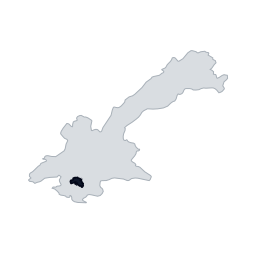 location of Nalae, Louang Namtha, Laos, rotated 263°
{"feature_id": "54806243B58985543260774", "entity_name": "Nalae", "entity_type": "district", "adm_level": 2, "iso_a3": "LAO", "parent_name": "Laos", "parent_adm1": "Louang Namtha", "projection": "equal_earth", "projection_center": [101.371, 20.533], "detail": "fine", "context": "in_parent", "style": "filled", "palette": "ink", "viewbox_px": 256, "rotation_deg": 263, "n_neighbors": 0, "source": "geoboundaries", "source_scale": "gbopen_adm2", "svg_char_len": 5693}
<svg xmlns="http://www.w3.org/2000/svg" viewBox="0 0 256 256"><g transform="rotate(263 128 128)"><path d="M95.3,25.8L96.3,28.1L101.0,34.3L101.8,36.0L103.5,37.3L105.0,42.8L105.6,43.1L106.4,42.8L107.0,42.0L107.4,39.9L107.8,39.6L108.3,41.4L109.6,41.9L110.2,42.7L110.4,44.0L110.2,45.4L109.1,48.5L108.4,52.8L113.1,61.8L115.0,63.1L119.6,64.6L122.7,66.6L124.1,66.1L125.5,63.8L127.1,62.6L130.2,60.6L131.1,60.5L132.8,61.3L135.6,63.5L139.9,67.8L139.7,68.9L139.0,70.0L136.7,71.7L136.0,72.8L136.4,73.2L138.3,73.5L140.6,74.4L141.2,75.5L141.6,78.1L142.0,78.5L144.1,78.2L144.7,78.6L145.5,79.4L146.2,81.5L146.2,83.1L144.2,85.9L144.0,87.5L142.9,89.5L140.1,92.8L139.4,93.0L134.2,91.2L130.0,91.4L129.7,92.1L130.4,94.2L130.6,96.1L130.0,97.7L127.6,99.6L127.5,100.5L128.0,101.4L131.5,103.2L142.6,112.7L147.7,114.6L149.9,115.8L150.5,116.5L150.4,117.3L149.9,118.4L149.4,120.3L149.4,121.4L149.9,122.5L150.8,124.1L154.0,127.8L156.2,128.6L158.7,132.8L159.4,136.5L160.6,138.8L166.4,146.8L171.3,151.6L174.2,156.9L175.6,158.1L176.0,160.0L176.5,165.6L178.2,168.3L178.5,169.5L179.2,170.3L180.0,170.4L181.7,168.6L182.1,168.9L182.9,171.8L183.6,172.9L186.1,174.7L188.9,178.2L190.3,179.5L192.2,180.5L192.4,181.7L192.1,182.8L191.6,183.5L188.4,185.6L188.0,186.5L190.1,191.0L195.4,196.6L197.1,200.0L196.8,201.6L195.4,204.9L194.3,205.8L194.0,206.8L194.8,209.5L194.8,213.6L193.8,214.6L192.9,217.1L192.3,217.3L190.6,216.4L187.3,220.7L185.8,220.5L184.2,222.9L182.0,223.3L180.5,221.4L177.2,218.5L176.1,216.7L175.1,218.3L173.4,219.8L171.0,219.3L170.4,221.4L169.9,221.8L167.0,222.2L166.5,222.6L167.0,224.5L168.7,227.9L169.2,229.8L168.2,233.0L165.2,232.9L163.9,231.6L162.1,228.9L158.3,227.2L155.8,228.4L155.0,228.3L153.0,226.1L152.3,224.6L151.9,222.5L154.8,220.7L156.2,219.4L157.2,217.9L157.6,216.4L158.0,210.2L158.5,208.0L158.2,205.3L157.4,203.1L157.4,200.0L157.8,197.4L158.9,196.1L159.6,194.2L160.1,190.1L159.7,189.0L158.6,188.0L156.8,187.0L155.6,185.8L155.1,184.3L155.1,183.0L155.7,181.9L154.3,180.7L151.0,179.3L149.1,177.7L148.7,175.7L147.3,173.2L144.9,170.1L143.6,165.6L143.4,159.8L143.7,155.1L144.7,149.6L143.2,145.6L141.7,143.5L139.6,142.0L137.5,139.8L135.6,136.9L133.2,132.7L130.5,127.1L128.7,124.6L127.8,125.2L125.8,124.7L122.9,123.0L120.3,122.2L118.1,122.0L116.6,122.4L116.0,123.3L115.9,124.1L116.5,124.9L116.2,125.6L115.0,126.1L114.1,127.0L113.1,129.0L112.3,131.7L111.3,132.8L109.6,133.0L107.9,133.8L106.3,135.1L105.5,136.1L105.6,136.7L105.2,136.9L104.4,136.5L104.0,135.6L104.1,134.2L103.2,133.3L101.5,132.8L99.6,131.3L95.9,127.4L95.0,127.3L93.8,128.3L92.2,130.4L90.9,131.3L89.8,130.8L89.0,131.6L88.5,133.6L87.5,135.1L82.5,139.3L78.0,144.7L76.8,145.2L74.1,143.7L73.2,142.6L77.0,131.6L77.5,128.9L77.4,125.4L75.8,122.4L75.8,121.6L76.0,120.7L77.9,117.3L80.1,108.5L80.0,105.8L79.0,102.8L78.5,99.9L78.9,96.0L78.8,94.5L77.7,93.8L74.3,93.0L72.4,93.6L71.4,94.7L70.3,95.4L68.1,95.7L66.1,94.4L64.4,92.2L64.0,89.5L66.1,83.6L66.7,81.4L66.6,80.3L66.2,79.2L65.7,79.0L64.6,77.7L63.6,75.2L62.6,74.1L61.6,74.3L60.8,75.3L59.3,77.6L58.9,77.3L60.2,69.2L61.4,65.8L62.8,64.2L64.2,63.5L65.8,63.7L67.1,63.5L68.1,62.6L68.0,62.1L66.8,62.0L66.3,61.1L66.6,59.4L67.1,58.3L68.0,57.8L68.8,56.0L69.6,53.1L70.6,51.6L71.7,51.6L73.7,50.3L76.4,47.8L77.5,45.4L78.5,46.5L78.1,49.3L78.7,49.9L78.9,50.9L78.8,52.5L79.0,53.8L79.4,54.4L80.1,54.7L83.0,53.6L84.8,53.5L87.7,55.6L89.4,54.0L89.5,53.5L88.0,51.6L88.5,44.5L88.3,39.2L85.9,35.2L85.4,33.6L85.1,31.0L84.4,28.8L86.2,27.1L87.1,23.8L88.3,23.0L88.7,23.1L90.2,25.6L92.0,24.3L93.4,24.4L94.7,25.0L95.3,25.8Z" fill="#d9dde1" stroke="#a8b0b8" stroke-width="1"/><path d="M85.0,71.4L85.1,71.2L85.1,70.8L85.2,70.4L85.1,70.2L84.8,69.8L84.8,69.7L85.0,69.6L85.3,69.5L85.3,69.2L85.3,68.9L85.3,68.7L85.2,68.4L85.1,68.5L85.0,68.4L84.9,68.3L84.9,68.2L85.0,68.2L85.0,67.9L84.9,67.7L84.8,67.4L84.7,67.3L84.4,67.4L83.6,67.3L83.5,67.5L83.4,67.5L83.3,67.2L83.2,66.9L83.2,66.5L83.0,66.4L82.9,66.3L82.9,66.1L82.7,66.0L82.7,65.7L82.6,65.4L82.7,65.2L82.8,65.1L82.9,64.9L83.0,64.9L82.9,64.7L82.7,64.6L82.4,64.4L82.2,64.3L81.9,64.5L81.8,64.4L81.7,64.5L81.5,64.4L81.4,64.4L81.3,64.5L81.2,64.4L80.9,64.3L80.7,64.5L80.4,64.6L80.2,64.5L79.9,64.7L79.8,64.8L79.9,65.2L79.9,65.4L80.0,66.0L80.1,66.4L80.1,66.8L80.2,67.1L80.3,67.3L80.4,67.5L80.6,67.8L80.8,68.4L80.8,68.6L80.8,68.9L80.8,69.0L80.7,68.9L80.3,69.0L80.2,69.1L80.0,69.3L80.0,69.2L79.9,69.1L79.9,68.9L79.7,69.0L79.5,68.9L79.5,68.7L79.4,68.6L79.2,68.7L78.9,68.7L78.8,68.9L78.8,69.0L78.7,69.1L78.5,69.4L78.4,69.5L78.5,69.5L78.8,69.7L78.9,69.9L78.9,70.0L78.8,70.3L79.0,70.5L79.4,70.8L79.2,70.9L78.8,71.0L78.7,71.0L78.7,70.9L78.4,71.1L78.1,71.2L77.7,71.3L77.5,71.5L77.4,71.7L77.3,72.0L77.2,72.1L76.9,72.4L76.7,72.5L76.4,72.7L76.4,72.8L76.3,73.0L76.4,73.3L76.6,73.5L76.5,73.8L76.5,74.1L76.4,74.2L76.4,74.3L76.2,74.4L76.0,74.2L75.9,74.1L75.6,74.3L75.5,74.5L75.4,74.5L75.2,74.8L74.9,74.9L74.9,75.0L74.9,75.3L75.0,75.3L75.1,75.5L75.3,75.8L75.4,76.0L75.6,76.1L75.8,76.2L75.9,76.4L76.1,76.5L76.3,76.6L76.5,76.5L76.6,76.4L76.8,76.3L77.0,76.4L77.0,76.5L77.3,76.6L77.5,76.5L77.7,76.4L77.9,76.3L78.0,76.3L78.1,76.7L78.2,76.8L78.3,76.8L78.3,76.6L78.5,76.5L78.6,76.3L78.7,76.1L78.9,76.0L78.9,75.9L78.9,75.7L79.0,75.6L79.3,75.6L79.5,75.6L79.8,75.6L79.9,75.8L80.0,75.7L80.4,75.6L80.5,75.5L80.6,75.4L80.8,75.4L81.0,75.4L81.3,75.3L81.4,75.2L81.5,75.2L81.5,75.3L81.5,75.2L81.7,75.3L81.7,75.2L81.7,75.3L81.8,75.3L81.8,75.2L81.9,75.3L82.0,75.2L82.3,75.1L82.4,74.9L82.4,75.0L82.4,74.9L82.5,75.0L82.5,74.9L82.7,74.7L82.8,74.7L82.7,74.6L82.8,74.6L83.0,74.7L83.3,74.7L83.5,74.4L83.5,74.5L83.5,74.4L83.5,74.2L83.7,73.7L83.9,73.6L83.9,73.4L84.0,73.3L84.0,73.1L84.1,72.9L84.1,72.7L84.1,72.4L84.3,72.4L84.6,72.3L84.8,72.3L85.0,72.2L85.2,71.9L85.1,71.7L85.0,71.4Z" fill="#0f172a" stroke="#020617" stroke-width="1.5"/></g></svg>